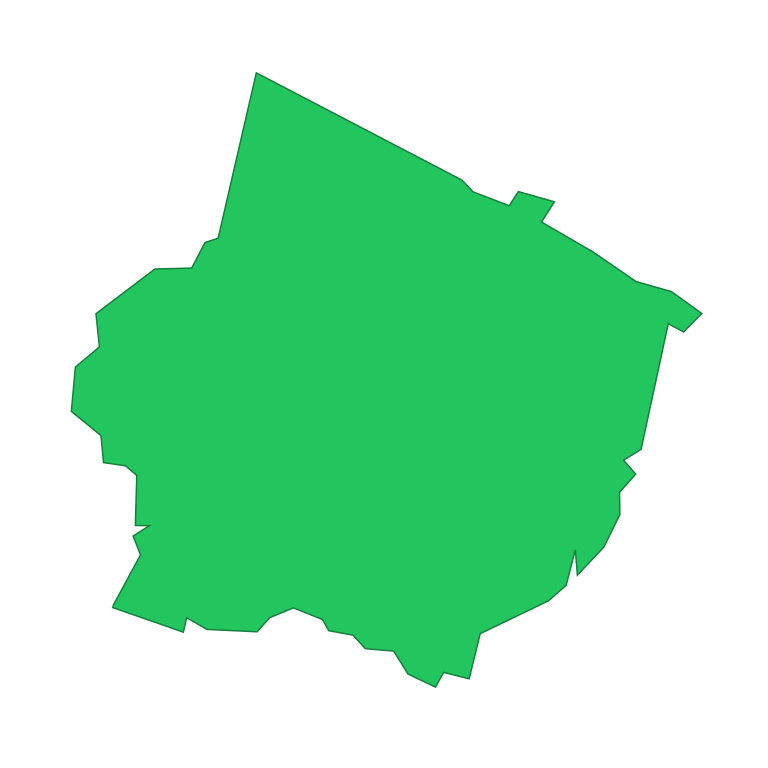 outline of Maury, Tennessee, United States of America, rotated 6°
{"feature_id": "52423323B71507411372136", "entity_name": "Maury", "entity_type": "district", "adm_level": 2, "iso_a3": "USA", "parent_name": "United States of America", "parent_adm1": "Tennessee", "projection": "natural_earth1", "projection_center": [-87.076, 35.629], "detail": "fine", "context": "isolated", "style": "filled", "palette": "green", "viewbox_px": 768, "rotation_deg": 6, "n_neighbors": 0, "source": "geoboundaries", "source_scale": "gbopen_adm2", "svg_char_len": 859}
<svg xmlns="http://www.w3.org/2000/svg" viewBox="0 0 768 768"><g transform="rotate(6 384 384)"><path d="M224.5,87.9L203.8,256.4L191.3,261.9L180.6,288.8L144.1,293.6L90.2,344.2L97.1,376.9L75.3,399.4L75.9,443.9L107.9,464.9L113.3,491.5L135.5,492.4L147.7,500.8L151.5,550.7L165.5,549.4L150.4,561.4L159.7,579.4L138.3,631.3L137.5,634.7L210.4,651.8L212.2,637.0L233.5,646.6L283.7,643.7L294.8,628.3L317.3,616.1L347.5,624.7L354.8,635.1L379.4,637.0L393.2,649.2L421.6,648.6L438.1,669.9L466.9,680.1L473.4,664.6L499.5,668.3L505.8,622.2L570.1,582.5L586.2,565.2L591.6,528.8L596.3,553.9L619.8,523.0L632.2,489.2L629.6,467.1L643.7,447.3L630.2,434.7L646.5,422.1L660.4,294.3L676.5,300.9L692.7,280.7L660.3,262.1L624.0,255.8L578.0,230.8L523.7,206.5L534.4,185.0L497.5,178.6L489.9,193.6L452.7,183.7L440.2,173.1L224.5,87.9Z" fill="#22c55e" stroke="#15803d" stroke-width="1.5"/></g></svg>